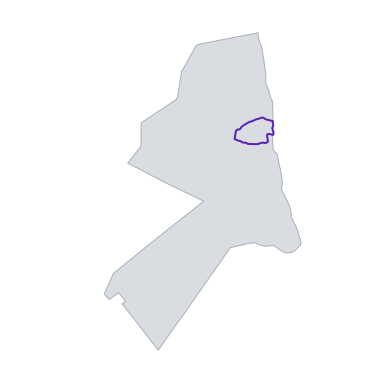 Tafilah highlighted on a map of Jordan, rotated 159°
{"feature_id": "JOR-852", "entity_name": "Tafilah", "entity_type": "Province", "adm_level": 1, "iso_a3": "JOR", "parent_name": "Jordan", "parent_adm1": "", "projection": "albers", "projection_center": [35.57, 30.801], "detail": "fine", "context": "in_parent", "style": "outline", "palette": "violet", "viewbox_px": 384, "rotation_deg": 159, "n_neighbors": 0, "source": "natural_earth", "source_scale": "10m", "svg_char_len": 2130}
<svg xmlns="http://www.w3.org/2000/svg" viewBox="0 0 384 384"><g transform="rotate(159 192 192)"><path d="M119.9,99.9L125.8,101.2L129.1,104.2L134.7,112.7L143.4,115.2L146.9,117.6L151.7,122.1L157.5,123.7L176.0,126.3L190.6,116.6L202.8,108.4L216.7,99.0L226.2,92.6L242.2,81.7L252.8,74.8L266.6,65.6L280.2,56.5L284.5,70.6L288.6,84.4L293.0,98.6L297.2,112.5L293.1,113.9L296.7,124.5L302.0,122.7L307.8,121.3L310.5,128.0L302.7,136.0L294.9,143.7L293.0,144.6L282.6,148.0L261.3,155.0L247.0,159.6L228.7,165.4L213.4,170.2L198.3,174.9L184.3,179.3L192.4,187.9L204.9,201.1L213.3,209.9L223.2,221.2L232.1,231.3L241.6,242.0L235.2,245.8L224.6,252.1L223.5,253.2L222.6,254.4L218.4,265.3L215.0,273.9L213.9,275.0L198.9,278.3L183.8,281.7L174.2,283.8L171.4,286.0L165.2,296.7L158.9,307.8L148.1,316.8L136.2,326.8L133.2,327.5L124.5,326.0L109.6,323.4L95.3,320.9L85.4,319.1L73.5,317.0L75.3,308.6L74.8,304.0L77.7,289.2L79.4,282.1L80.3,276.9L84.4,266.4L83.9,263.0L84.8,250.8L84.4,248.5L86.3,241.9L89.8,232.3L93.2,224.0L94.4,220.3L97.9,212.4L101.0,202.8L99.4,197.5L98.9,196.5L100.2,190.4L101.6,180.5L102.5,175.2L104.3,168.1L107.6,162.1L106.1,148.0L106.3,140.5L108.3,131.8L107.2,121.7L108.1,107.3L108.3,105.9L109.5,104.2L110.4,103.3L117.1,100.3L119.9,99.9Z" fill="#d9dde1" stroke="#a8b0b8" stroke-width="1"/><path d="M91.3,229.3L91.7,227.8L92.0,226.1L92.2,225.4L92.5,224.6L93.0,224.1L93.9,223.3L94.2,222.7L94.4,221.3L94.4,219.8L94.5,218.4L95.2,216.9L95.9,216.3L96.3,216.6L99.1,218.5L99.8,218.7L100.8,218.8L101.4,218.4L101.8,217.8L102.2,215.2L102.7,213.5L103.0,212.2L103.3,211.7L103.8,211.5L104.5,211.6L105.5,211.4L106.2,211.5L106.8,211.6L107.4,212.2L108.2,212.7L109.0,213.0L113.7,213.2L122.5,216.8L122.9,217.1L123.1,217.5L123.3,217.9L123.8,218.4L124.5,218.9L126.5,219.8L127.1,220.2L127.5,220.7L128.1,221.6L128.5,222.1L130.9,223.8L133.2,226.2L129.1,233.3L127.0,234.1L125.6,233.5L125.0,233.5L124.4,233.6L123.7,234.1L123.2,234.6L122.4,235.1L118.5,236.1L113.3,236.8L111.4,236.6L105.9,236.8L103.7,236.5L101.4,236.5L100.2,236.4L99.6,236.2L98.8,235.8L98.1,234.9L97.4,233.7L96.7,233.1L95.9,232.6L92.1,229.9L91.3,229.3Z" fill="none" stroke="#5b21b6" stroke-width="2"/></g></svg>